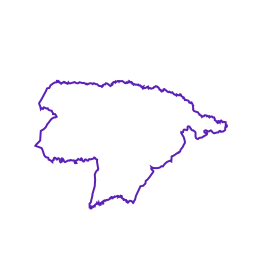 outline of Boende, Équateur, Democratic Republic of the Congo, rotated 157°
{"feature_id": "63176286B77918114228452", "entity_name": "Boende", "entity_type": "district", "adm_level": 2, "iso_a3": "COD", "parent_name": "Democratic Republic of the Congo", "parent_adm1": "Équateur", "projection": "natural_earth1", "projection_center": [20.931, -0.493], "detail": "fine", "context": "isolated", "style": "outline", "palette": "violet", "viewbox_px": 256, "rotation_deg": 157, "n_neighbors": 0, "source": "geoboundaries", "source_scale": "gbopen_adm2", "svg_char_len": 5802}
<svg xmlns="http://www.w3.org/2000/svg" viewBox="0 0 256 256"><g transform="rotate(157 128 128)"><path d="M101.2,80.3L98.9,84.8L97.0,84.7L90.9,85.9L90.8,85.5L90.1,85.7L89.1,86.2L88.1,87.4L84.8,89.3L83.7,90.4L81.3,92.2L80.6,94.8L80.3,98.0L81.0,102.8L80.6,103.4L79.9,102.7L79.1,102.6L77.6,104.5L76.8,104.6L74.5,103.0L73.5,103.8L72.9,105.4L72.4,106.0L71.7,105.9L70.9,105.3L70.5,103.6L70.7,103.0L70.3,102.5L70.3,101.7L69.7,100.7L69.1,100.5L67.9,98.7L67.6,97.6L67.9,96.6L69.1,94.1L69.3,92.6L69.3,91.9L68.0,90.5L66.2,91.0L63.2,90.3L62.1,90.8L61.4,90.7L58.0,91.2L57.5,91.7L57.3,92.8L57.5,93.1L58.0,93.1L58.1,92.7L59.3,93.9L59.1,95.3L57.6,95.7L57.0,95.3L55.5,93.4L54.6,93.2L52.9,93.5L52.4,93.1L51.8,90.9L50.8,89.5L47.2,89.0L46.6,88.6L45.3,89.4L44.5,89.4L44.1,89.2L44.0,88.2L41.7,87.6L39.4,88.2L38.1,90.7L36.9,90.5L36.2,91.0L36.0,92.1L36.2,92.4L36.7,92.1L37.0,92.2L35.8,95.2L37.5,96.3L38.5,96.2L38.9,96.5L39.0,98.1L39.3,98.5L40.3,98.4L41.3,97.1L41.9,99.0L42.3,99.1L43.2,97.5L43.5,97.5L44.3,100.3L45.0,101.4L44.5,102.8L44.7,103.4L44.6,104.1L45.9,104.7L46.3,105.9L47.7,106.1L48.4,107.0L49.0,106.2L50.0,107.9L50.4,108.3L50.8,108.2L50.8,108.7L52.1,109.7L52.6,109.8L53.4,109.2L53.8,109.2L54.7,109.7L55.7,109.3L55.9,111.1L57.0,112.1L56.8,112.8L57.3,113.6L57.4,115.0L60.6,117.8L60.9,119.6L60.3,120.5L59.8,122.5L59.2,123.1L59.5,124.4L59.3,125.3L59.6,126.8L59.9,127.0L60.7,126.6L61.7,127.5L61.6,129.3L61.9,129.7L63.9,131.3L64.7,131.5L64.6,132.9L65.4,133.8L64.8,134.4L66.4,136.4L66.3,138.0L66.5,138.5L67.1,138.7L67.5,138.0L67.8,138.0L68.9,138.5L70.1,139.9L70.8,139.0L71.5,140.1L72.6,141.2L72.8,142.3L73.3,142.7L73.4,143.6L74.7,143.8L75.8,145.3L76.7,145.2L77.6,146.1L77.9,147.1L78.8,148.5L79.5,148.9L79.2,149.4L79.4,149.7L80.0,149.7L80.3,149.1L81.2,149.0L81.6,148.3L82.9,148.5L83.1,149.0L82.9,149.9L83.2,150.5L84.1,151.0L83.9,152.1L84.1,153.3L84.4,153.8L84.9,154.0L84.9,154.7L86.1,155.7L87.5,155.2L88.2,155.5L89.0,154.9L91.2,155.1L91.8,155.9L92.7,156.1L92.9,156.6L93.7,156.3L93.8,156.6L93.3,158.2L94.7,158.3L96.4,158.0L97.2,158.4L98.9,158.4L99.0,159.1L97.8,160.2L98.9,160.2L99.7,160.6L99.7,161.5L100.2,162.6L100.9,162.6L101.8,163.3L101.6,163.9L104.3,165.0L105.0,165.9L106.0,165.7L106.2,166.7L106.8,167.2L106.4,167.9L106.8,168.9L107.9,169.0L108.1,169.9L108.5,170.5L108.9,169.8L109.5,170.4L109.8,170.0L110.5,170.2L110.8,169.7L111.4,170.0L111.7,170.6L112.5,170.1L113.5,170.9L113.6,171.4L115.0,173.6L116.2,173.8L117.6,174.6L118.3,174.1L118.5,174.9L119.0,175.3L120.8,175.0L121.2,175.7L122.1,174.8L122.6,175.7L123.5,175.9L125.2,175.2L124.7,174.9L125.3,174.0L127.8,173.5L129.5,176.7L130.9,177.8L132.1,177.0L132.8,177.4L134.3,177.3L134.8,176.4L135.9,176.0L136.4,177.2L137.2,177.4L138.6,178.4L139.1,180.2L140.6,181.0L141.8,182.5L143.3,182.2L143.5,182.9L145.5,184.1L148.3,184.0L148.7,184.9L149.5,184.7L150.3,186.0L151.1,186.8L152.3,187.1L154.8,189.1L156.0,188.7L157.3,189.0L158.8,190.4L159.2,191.1L163.5,191.6L164.7,192.1L165.0,193.3L166.1,192.4L166.6,192.4L166.9,193.3L168.2,194.1L168.2,194.9L169.0,195.5L170.0,195.1L170.5,195.4L172.2,194.9L172.3,195.8L173.1,196.4L173.4,197.7L174.0,197.3L174.3,197.5L174.3,198.7L174.8,198.7L175.1,199.0L175.4,198.3L175.9,198.0L177.8,198.5L178.9,198.4L182.5,197.6L184.8,195.6L186.2,196.0L187.1,196.0L189.2,194.0L196.8,187.9L199.9,185.8L200.3,185.1L200.4,181.7L200.9,179.5L199.9,180.1L199.0,178.7L198.8,178.7L197.8,179.8L197.3,179.9L195.5,177.8L194.2,177.5L194.1,175.9L192.9,174.6L191.5,173.7L191.5,172.3L191.2,170.8L191.6,170.1L189.8,169.4L189.3,167.4L189.3,166.2L190.7,166.1L191.7,166.6L194.2,166.4L195.8,165.8L199.9,163.4L200.5,163.3L203.3,160.9L206.1,159.8L209.4,159.4L213.7,150.9L214.9,150.2L218.8,148.7L220.2,147.8L215.4,143.3L215.3,141.2L215.7,135.8L215.5,134.4L214.9,133.1L213.1,131.9L213.0,131.5L213.4,129.9L212.0,128.5L210.9,126.2L210.0,127.6L208.7,127.7L208.1,129.1L207.3,129.4L206.5,128.8L205.9,126.8L205.6,126.7L204.5,127.4L203.9,127.4L203.6,127.0L203.3,125.7L203.7,123.5L203.4,122.7L201.8,123.0L201.5,123.5L201.2,125.8L200.7,125.9L200.0,125.1L199.8,124.1L199.9,122.5L199.5,121.4L198.8,121.2L195.8,121.5L194.4,120.7L193.5,121.1L191.9,119.8L190.4,119.3L190.1,118.4L190.6,116.9L190.5,116.4L190.1,116.1L189.2,115.9L189.3,117.5L188.8,118.3L187.1,118.3L186.0,119.0L185.2,117.9L184.3,117.2L183.4,118.2L182.8,118.3L182.5,117.6L182.8,116.0L182.2,114.6L181.2,114.5L180.2,115.7L179.7,115.7L178.9,115.3L178.2,113.9L177.6,113.5L175.8,114.5L174.6,113.7L171.7,113.4L171.0,113.5L170.8,114.0L170.5,114.0L170.1,113.5L169.9,112.3L168.8,110.9L169.8,108.8L171.4,102.0L172.2,101.1L173.0,101.1L174.8,100.1L176.8,98.1L178.5,93.1L181.5,87.2L186.8,80.7L186.9,80.1L191.1,74.4L191.4,74.0L192.8,73.5L193.1,73.1L194.3,69.9L193.4,69.5L193.8,68.6L193.2,68.3L192.1,68.8L192.0,69.7L191.4,69.1L190.8,69.4L190.5,69.0L189.9,69.5L189.2,68.9L188.3,70.2L186.9,70.4L185.8,71.3L185.8,70.5L185.3,69.7L184.7,69.8L184.2,70.4L184.4,69.0L183.3,68.9L183.6,68.1L183.1,68.1L182.9,69.2L182.5,69.6L181.6,69.2L180.7,68.1L180.3,68.1L180.0,68.5L180.5,69.4L180.5,70.0L179.9,70.0L179.2,70.4L178.2,70.1L177.9,70.5L177.0,69.8L176.1,70.2L174.3,69.6L172.3,69.9L171.9,70.5L171.5,70.5L171.1,70.1L170.3,71.0L169.9,70.9L169.4,69.4L168.5,69.9L167.3,70.1L167.3,69.7L163.9,69.5L163.3,69.0L163.9,68.2L163.1,68.3L162.3,67.5L161.6,67.5L161.1,68.4L160.3,67.7L161.0,65.9L160.1,64.6L160.1,63.6L159.2,63.6L158.9,62.8L157.9,62.5L157.7,61.8L158.2,61.8L158.2,60.6L157.1,60.5L156.7,60.0L157.4,59.7L157.4,59.4L156.8,59.3L156.0,60.1L154.5,60.2L153.2,59.2L152.6,57.0L152.0,57.2L151.4,58.1L149.5,59.3L147.3,62.3L139.3,69.5L136.5,68.9L134.6,69.8L134.2,69.8L133.5,70.3L132.3,72.4L130.3,72.9L127.5,74.3L121.8,77.8L121.5,78.4L121.9,79.7L122.3,80.0L122.5,80.9L122.3,81.9L121.6,82.3L121.6,82.8L120.6,81.4L117.0,79.7L114.6,79.2L113.5,79.3L112.5,79.7L111.7,79.6L110.9,79.0L108.4,80.5L105.4,81.5L102.1,81.5L101.2,80.3Z" fill="none" stroke="#5b21b6" stroke-width="2"/></g></svg>